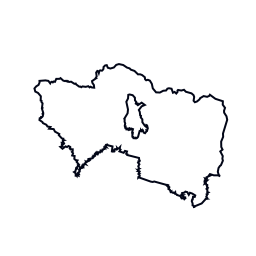 Bogor, Jawa Barat, Indonesia (Albers equal-area conic projection), rotated 195°
{"feature_id": "22746128B99423643145371", "entity_name": "Bogor", "entity_type": "district", "adm_level": 2, "iso_a3": "IDN", "parent_name": "Indonesia", "parent_adm1": "Jawa Barat", "projection": "albers", "projection_center": [106.799, -6.545], "detail": "fine", "context": "isolated", "style": "outline", "palette": "ink", "viewbox_px": 256, "rotation_deg": 195, "n_neighbors": 0, "source": "geoboundaries", "source_scale": "gbopen_adm2", "svg_char_len": 5791}
<svg xmlns="http://www.w3.org/2000/svg" viewBox="0 0 256 256"><g transform="rotate(195 128 128)"><path d="M171.9,84.3L170.4,83.5L168.4,83.6L168.9,82.0L166.0,80.0L166.7,79.3L165.1,78.3L167.4,77.9L166.7,77.7L167.4,76.5L166.6,75.7L167.0,75.2L167.7,75.5L167.6,72.6L168.7,71.5L166.8,70.7L166.2,68.4L165.6,68.6L166.0,69.2L165.2,68.6L165.3,69.1L164.7,69.1L165.2,69.6L164.8,70.3L163.9,69.9L164.4,70.8L163.6,70.9L164.5,72.0L163.6,73.1L164.0,74.0L164.7,74.0L163.8,74.3L164.4,74.9L163.6,75.6L164.0,76.6L161.8,77.7L162.3,78.7L161.2,78.7L162.1,80.0L161.3,80.2L161.7,81.0L161.0,81.1L160.8,82.2L159.7,82.1L160.4,82.6L159.7,84.1L160.0,84.6L159.2,84.4L158.4,85.2L158.9,85.4L158.2,86.8L157.0,86.4L156.2,87.5L156.2,88.0L157.2,88.3L154.3,89.7L154.0,90.6L154.6,91.0L154.1,91.6L153.6,91.3L152.9,92.3L153.4,92.5L152.8,92.7L153.2,93.7L152.6,94.0L153.2,94.6L152.5,96.0L152.1,95.3L151.6,95.7L151.0,95.2L150.9,96.1L150.3,95.5L150.0,97.0L148.7,97.2L148.7,98.8L147.6,98.5L147.8,99.2L147.0,99.1L146.6,100.3L146.9,100.7L145.5,101.5L145.8,102.9L145.3,102.7L145.3,103.5L144.7,103.1L145.0,104.3L144.3,104.2L144.8,104.6L144.6,105.7L143.8,105.5L144.6,106.2L143.7,106.7L142.9,106.1L138.2,106.2L137.5,101.2L136.8,101.2L135.1,101.8L135.0,102.4L135.8,103.0L135.4,104.0L133.6,104.8L133.2,104.4L132.8,104.9L133.2,105.8L132.6,105.4L131.6,105.9L130.8,107.4L130.7,105.8L129.6,105.2L130.2,103.2L125.8,102.9L125.0,105.1L122.9,105.1L123.1,102.6L121.8,102.4L121.7,101.7L109.6,101.9L109.0,100.2L108.2,99.6L108.2,98.9L109.2,98.4L108.8,97.9L109.3,97.1L107.6,95.9L108.2,93.7L107.4,92.9L107.3,91.5L106.7,91.5L107.2,91.0L106.8,89.8L107.2,89.8L106.5,89.4L107.0,88.9L105.5,88.9L106.0,86.6L105.3,86.6L105.7,86.1L104.3,85.0L104.3,83.9L105.3,83.3L105.2,82.7L104.9,83.1L92.0,82.1L90.1,82.3L88.8,83.1L76.8,83.0L75.4,82.3L75.3,83.2L74.3,83.2L74.1,82.2L72.9,81.6L73.4,80.7L72.8,80.5L73.0,79.5L71.5,79.1L70.3,77.3L69.6,78.1L69.3,77.3L67.6,77.0L67.0,77.6L65.9,76.9L65.6,77.8L65.2,76.8L63.3,76.2L64.0,76.0L59.8,75.8L58.0,73.9L56.0,74.5L55.2,73.8L54.5,75.0L55.2,75.2L55.1,75.8L56.7,75.7L57.9,76.8L57.4,77.4L58.7,77.1L59.2,77.6L58.4,78.9L58.7,79.3L56.8,80.2L56.1,81.4L54.1,81.4L52.0,79.2L51.4,81.5L49.0,81.3L45.6,80.3L45.7,78.7L47.4,78.4L47.0,75.7L47.5,75.5L47.5,73.9L46.1,71.9L45.6,70.0L44.5,69.9L43.9,68.7L43.3,69.0L42.8,70.0L37.3,74.2L34.5,79.6L33.3,80.1L34.2,80.3L33.6,81.1L34.6,81.9L34.3,83.3L34.9,84.3L34.0,84.9L34.6,85.9L33.8,86.6L34.9,86.8L35.3,88.7L36.3,89.4L35.7,90.0L36.4,91.0L35.7,90.5L35.4,90.9L36.8,91.8L37.3,91.5L36.4,92.3L36.7,93.5L37.8,93.6L38.5,95.0L39.5,94.1L39.3,95.6L40.2,95.8L40.3,97.0L38.4,97.1L37.9,97.9L39.2,97.6L40.4,99.1L39.3,99.0L40.0,99.4L38.8,99.8L39.3,100.8L36.3,103.3L37.4,103.5L36.9,104.7L32.9,104.5L28.8,105.6L27.4,105.4L27.4,105.8L28.3,106.3L29.9,108.9L30.2,112.8L29.4,115.1L28.6,116.1L27.9,121.0L28.9,122.8L29.2,125.4L32.8,129.3L31.1,131.6L33.0,133.8L34.5,139.0L33.8,144.1L34.8,147.2L34.3,161.6L35.9,164.8L39.1,167.7L39.7,169.5L39.5,172.6L42.5,175.0L43.3,178.4L51.1,178.8L57.5,181.3L57.8,180.1L59.6,178.6L63.2,178.4L66.1,175.4L66.3,174.2L68.2,171.5L70.1,170.2L71.7,171.3L72.1,175.1L73.2,176.7L75.6,177.9L81.5,178.0L83.8,179.4L86.2,178.0L89.5,177.7L89.9,177.0L89.5,175.6L90.3,173.8L92.3,174.9L93.7,173.7L96.1,177.2L98.7,177.0L100.1,176.2L100.9,174.1L103.6,173.1L106.4,170.5L110.1,169.7L114.3,172.7L116.4,176.8L119.1,179.4L121.3,179.7L122.8,178.8L124.1,179.5L124.9,181.4L128.1,182.8L130.1,183.0L132.2,182.4L136.5,184.8L140.4,185.1L141.9,186.0L144.6,186.1L148.9,187.6L153.3,187.4L155.7,185.9L157.3,182.8L160.4,180.9L163.1,181.0L164.8,183.2L166.3,182.5L167.4,180.6L167.0,178.7L167.4,177.5L168.0,176.6L169.8,176.5L170.4,175.7L170.4,173.5L171.5,175.1L172.4,175.2L173.1,173.3L171.6,169.7L172.3,167.5L171.9,167.5L174.9,164.0L174.1,162.4L172.1,160.7L171.1,158.2L173.4,157.8L174.8,158.2L175.6,157.3L177.2,158.1L179.5,156.8L182.7,156.4L183.7,155.3L184.7,155.7L185.8,155.3L189.4,156.7L190.0,157.4L191.2,156.8L194.9,158.0L196.9,157.2L198.3,157.8L198.7,157.1L200.1,157.6L200.9,157.0L202.8,157.0L206.1,158.7L206.8,157.8L210.0,156.9L210.5,153.7L211.8,153.7L212.4,152.6L213.5,153.0L214.5,152.1L214.7,151.0L217.1,152.9L220.1,152.6L225.7,150.6L225.2,149.0L225.6,146.4L227.4,144.5L228.6,142.0L227.0,139.2L224.0,138.6L220.4,136.1L219.5,132.0L218.6,131.9L218.2,130.6L216.9,129.7L216.3,125.0L215.8,125.0L216.0,124.2L213.9,120.9L214.2,119.7L213.5,119.6L213.4,117.2L213.9,116.2L214.8,116.1L214.7,115.0L215.8,114.6L215.6,112.8L212.2,111.6L211.4,110.7L207.7,110.0L206.2,108.6L203.2,108.9L204.0,106.9L199.5,107.7L197.6,105.6L192.8,104.4L193.0,103.2L189.6,101.1L188.6,100.7L186.8,101.1L187.8,100.6L187.4,99.7L186.6,99.6L187.7,98.9L187.6,98.0L187.1,96.7L186.8,97.5L185.8,96.6L186.1,96.2L187.4,96.2L186.6,95.5L187.6,95.0L186.6,93.6L188.5,92.3L185.9,91.0L183.5,94.1L182.0,93.8L180.8,95.2L179.0,94.8L179.0,93.4L178.3,93.4L178.2,92.5L178.0,92.4L175.9,93.1L175.4,91.4L176.0,90.4L174.5,89.4L174.8,87.0L172.3,87.1L171.9,84.3ZM117.9,120.0L120.1,119.6L120.6,120.6L121.3,120.5L121.8,121.4L122.0,123.7L122.3,123.4L122.9,124.8L122.9,128.2L124.4,128.3L124.4,127.6L126.0,126.7L125.9,128.0L126.7,128.2L127.4,126.5L129.1,126.3L129.0,127.3L130.3,127.3L130.5,128.1L130.8,127.7L131.7,129.2L131.9,131.8L132.9,133.1L133.6,136.0L134.2,135.2L132.2,142.1L132.8,145.9L136.4,152.9L135.6,156.5L136.3,160.1L135.1,160.8L132.0,160.9L129.2,159.1L128.4,156.5L126.7,155.2L126.9,152.8L126.1,154.1L125.5,154.1L125.9,153.4L124.4,152.6L121.4,156.0L117.7,154.6L120.4,152.5L122.2,148.2L120.8,146.6L119.5,143.3L118.6,143.1L118.4,141.5L116.4,140.1L115.6,137.3L112.4,134.6L111.1,135.0L111.1,135.6L110.2,135.4L109.6,134.3L110.5,133.7L108.8,132.9L108.9,130.3L109.5,130.4L109.2,129.8L110.2,127.4L111.6,127.6L112.9,129.4L113.6,128.7L114.0,129.6L114.6,128.7L115.0,129.1L114.9,128.5L116.0,128.1L116.0,122.1L116.6,120.8L118.1,120.6L117.9,120.0Z" fill="none" stroke="#020617" stroke-width="2"/></g></svg>